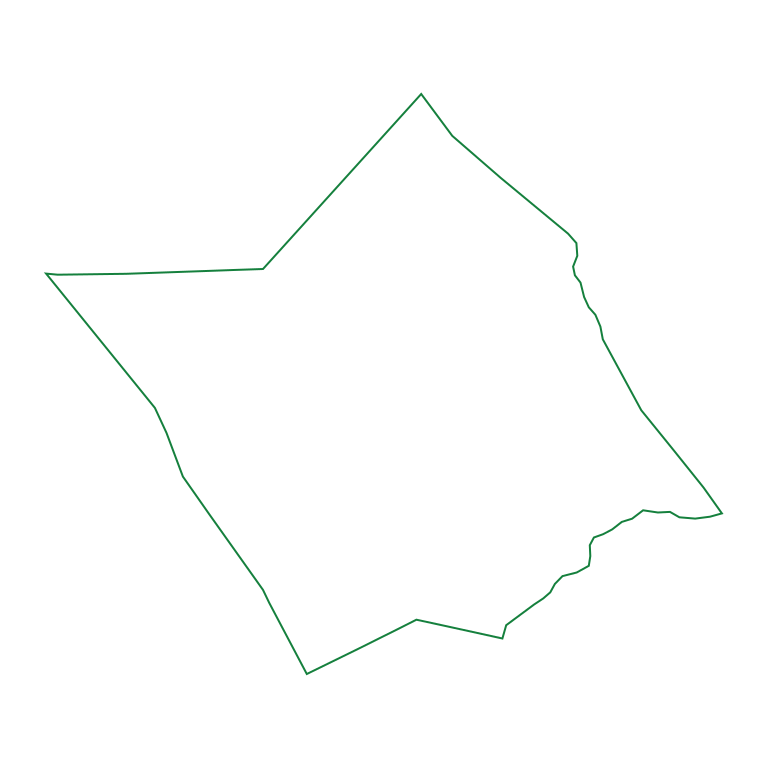 Ribeirópolis, Sergipe, Brazil (Mercator projection)
{"feature_id": "56859067B98890234621951", "entity_name": "Ribeirópolis", "entity_type": "district", "adm_level": 2, "iso_a3": "BRA", "parent_name": "Brazil", "parent_adm1": "Sergipe", "projection": "mercator", "projection_center": [-37.4, -10.498], "detail": "fine", "context": "isolated", "style": "outline", "palette": "green", "viewbox_px": 768, "rotation_deg": 0, "n_neighbors": 0, "source": "geoboundaries", "source_scale": "gbopen_adm2", "svg_char_len": 820}
<svg xmlns="http://www.w3.org/2000/svg" viewBox="0 0 768 768"><path d="M263.0,589.9L269.2,602.8L306.8,674.0L358.7,648.6L400.8,627.6L416.4,619.7L446.9,626.3L502.4,638.5L506.2,625.2L534.1,604.5L543.3,598.4L550.3,592.3L554.9,583.9L562.5,576.1L576.7,572.5L588.8,565.8L590.3,556.1L589.8,545.2L593.9,537.5L603.1,534.2L612.2,529.4L621.8,521.9L632.1,518.7L643.1,510.3L657.9,512.5L670.0,511.9L679.4,517.3L695.2,518.6L710.0,516.7L721.9,513.4L703.5,487.5L673.3,449.8L641.3,410.3L602.8,339.3L600.4,326.6L595.4,314.8L588.8,307.3L584.1,297.0L580.5,282.6L574.9,275.3L573.1,266.6L577.3,255.8L576.4,243.1L568.1,233.7L500.6,177.8L452.3,135.9L421.2,94.0L263.0,269.0L233.4,270.0L208.8,270.9L126.2,273.8L57.7,274.7L46.1,273.6L154.9,407.9L166.5,432.9L182.9,476.6L209.3,514.3L263.0,589.9Z" fill="none" stroke="#15803d" stroke-width="2"/></svg>